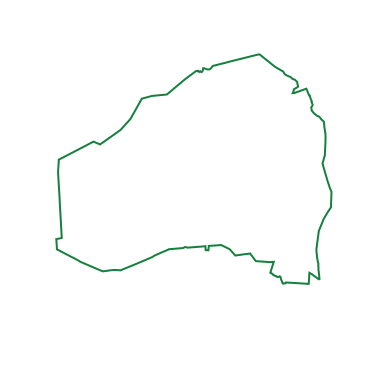 the district of Villa de Reyes, San Luis Potosí, Mexico, rotated 346°
{"feature_id": "50627088B7825328231561", "entity_name": "Villa de Reyes", "entity_type": "district", "adm_level": 2, "iso_a3": "MEX", "parent_name": "Mexico", "parent_adm1": "San Luis Potosí", "projection": "orthographic", "projection_center": [-100.911, 21.834], "detail": "fine", "context": "isolated", "style": "outline", "palette": "green", "viewbox_px": 384, "rotation_deg": 346, "n_neighbors": 0, "source": "geoboundaries", "source_scale": "gbopen_adm2", "svg_char_len": 4844}
<svg xmlns="http://www.w3.org/2000/svg" viewBox="0 0 384 384"><g transform="rotate(346 192 192)"><path d="M294.5,308.1L294.7,307.0L294.9,305.4L295.2,303.7L295.3,302.9L295.3,302.6L295.5,301.4L295.6,300.7L295.7,299.9L295.8,299.0L295.9,298.0L296.0,297.5L296.6,295.2L296.7,293.6L296.8,293.5L297.0,293.2L297.2,292.6L297.3,292.3L297.3,292.1L297.3,291.4L297.2,291.2L297.5,286.1L298.7,278.0L304.8,262.6L305.5,260.7L313.1,250.2L319.1,244.1L323.1,240.5L327.4,225.6L326.7,220.9L326.3,215.3L326.1,212.9L326.1,212.3L326.1,212.0L326.0,208.7L325.8,205.1L325.8,204.8L325.8,203.1L325.7,201.3L325.6,199.7L325.6,199.4L325.6,199.1L325.6,197.9L325.6,195.8L327.4,192.7L328.7,190.3L329.1,189.6L329.7,188.8L333.8,175.1L335.4,168.7L335.5,167.8L335.6,167.6L335.6,166.7L335.6,166.4L335.8,166.1L335.8,164.7L335.9,164.2L335.9,163.6L336.1,161.4L336.8,157.3L336.8,157.2L336.8,156.9L336.8,156.0L336.8,155.9L336.9,155.7L336.6,155.0L336.5,154.8L336.3,154.5L336.1,154.3L335.8,154.0L335.3,153.1L335.2,153.0L335.1,152.8L335.1,152.7L335.0,152.3L334.7,152.1L334.6,151.9L334.3,151.1L334.1,150.5L334.0,150.2L333.8,150.0L333.1,149.2L332.8,149.0L331.6,148.3L331.3,147.7L331.0,147.1L329.7,145.7L329.6,145.4L329.2,145.0L329.2,144.5L329.0,144.1L328.7,143.8L328.6,143.6L328.4,142.8L328.0,142.4L327.8,141.7L328.0,141.1L328.1,139.0L328.3,138.8L328.5,138.5L329.4,137.7L329.8,137.1L330.2,136.7L329.8,133.4L330.1,133.3L330.0,131.9L329.7,130.2L329.6,126.9L329.1,126.9L329.0,126.6L328.9,125.9L328.8,125.3L328.8,124.6L328.7,124.5L328.6,123.9L328.5,123.1L328.4,122.3L328.3,121.6L328.2,120.8L327.9,119.4L320.6,120.2L315.1,120.7L313.7,120.4L314.0,120.1L314.8,119.4L315.0,118.5L315.2,117.9L315.6,117.0L317.4,116.5L318.0,116.3L318.9,116.0L319.6,115.8L320.2,115.6L320.4,115.5L320.5,115.2L320.6,114.7L320.5,113.7L320.4,112.2L320.6,111.6L320.7,110.9L320.6,110.5L319.4,108.7L319.0,107.9L317.0,106.7L315.4,104.3L312.8,102.3L310.8,100.6L310.5,100.2L310.3,99.1L309.5,97.1L309.3,96.8L308.8,96.4L302.9,90.7L290.9,74.9L290.6,74.8L290.2,74.7L289.8,74.6L289.5,74.6L286.7,74.6L285.5,74.6L281.9,74.6L280.6,74.6L267.4,74.6L266.6,74.6L258.5,74.6L258.4,74.6L257.9,74.7L254.6,74.7L252.0,74.7L251.2,74.7L247.2,74.7L242.6,74.7L240.2,76.7L238.8,77.2L237.1,77.0L236.1,76.5L234.6,75.4L232.8,74.6L232.1,76.4L230.9,77.8L230.0,77.9L229.2,76.9L228.1,77.3L227.9,76.9L227.6,76.2L227.3,75.8L226.9,75.8L226.4,76.1L225.9,75.8L225.5,75.7L224.7,75.7L224.1,76.1L213.4,80.5L191.2,91.3L176.3,89.1L165.9,89.3L150.0,106.2L137.7,114.5L114.3,123.6L108.6,119.3L71.0,128.3L70.9,128.3L70.6,128.4L66.8,140.5L65.6,146.9L65.4,147.8L62.1,165.6L61.9,166.4L54.5,205.1L51.7,205.0L48.9,204.9L48.9,205.1L48.0,210.1L47.1,215.0L57.6,224.3L61.3,227.5L64.2,230.1L65.8,231.7L67.1,233.0L67.7,233.4L72.2,236.8L84.8,246.4L86.4,247.4L86.5,247.5L94.5,248.3L98.7,249.0L103.5,250.7L118.3,248.6L124.9,247.6L138.3,245.4L139.8,244.7L140.9,244.5L148.6,243.2L153.1,242.5L154.9,242.2L155.1,242.1L155.3,241.9L162.3,243.0L169.7,244.2L172.1,243.7L173.8,244.7L174.1,244.9L174.9,245.0L175.9,245.2L177.8,245.5L180.1,245.9L187.7,247.2L188.5,247.3L190.4,247.6L190.8,247.7L191.9,247.8L191.9,248.1L191.7,249.0L191.2,251.7L192.0,252.0L193.2,252.3L193.8,252.5L194.3,251.0L194.8,249.8L195.3,248.7L195.3,248.4L198.9,249.0L201.0,249.4L201.4,249.5L204.5,250.0L205.0,250.1L207.0,250.5L207.5,250.5L207.8,250.7L207.9,250.9L210.3,252.9L210.8,253.3L214.1,256.1L214.8,256.8L217.5,261.8L218.4,263.7L218.6,264.1L226.1,264.9L229.0,265.2L229.5,265.3L231.1,265.5L233.5,265.7L237.2,274.5L239.9,275.4L240.0,275.4L241.4,275.9L241.5,275.9L242.9,276.3L243.0,276.4L243.4,276.5L243.6,276.6L243.8,276.6L244.1,276.7L244.3,276.8L244.5,276.9L244.7,277.0L244.9,277.0L245.0,277.0L247.6,277.9L248.4,278.2L248.7,278.3L250.7,278.9L254.4,279.5L253.8,280.5L253.2,281.5L252.5,282.6L252.1,283.3L251.9,283.6L251.1,285.0L250.7,285.6L250.3,286.2L249.6,287.3L249.2,288.2L248.5,289.2L248.5,289.3L248.5,289.5L249.0,289.6L249.3,289.9L249.4,290.1L249.6,290.2L249.9,290.7L250.1,291.1L250.3,291.4L250.7,291.5L250.8,291.6L250.9,292.1L251.0,292.4L251.1,292.6L251.4,292.8L251.7,292.9L251.9,292.9L252.2,293.4L252.6,293.6L252.8,293.7L253.0,294.0L253.5,294.2L253.7,294.4L253.7,294.6L253.9,294.7L254.0,294.9L254.2,295.0L254.4,295.1L254.5,295.2L254.9,295.2L255.1,295.2L255.3,295.3L255.5,295.2L255.8,295.2L255.9,295.3L256.1,295.3L256.3,295.1L256.5,295.0L256.8,295.1L257.0,295.3L257.2,295.5L257.2,295.9L257.2,296.2L257.3,296.4L257.3,297.1L257.4,299.5L257.7,300.2L257.7,300.4L257.7,300.5L257.7,301.1L258.0,301.8L257.8,302.2L257.8,302.5L258.0,302.8L258.3,303.0L258.6,303.0L258.8,303.0L259.0,303.0L259.4,303.0L259.6,303.1L259.8,303.1L260.0,303.1L260.4,303.2L260.6,303.2L261.2,302.5L270.8,305.5L283.0,309.4L283.2,309.1L283.2,308.8L283.2,308.7L284.3,305.4L286.4,298.8L286.5,298.9L288.1,300.5L288.6,300.9L288.8,301.2L289.9,302.6L290.1,302.8L292.2,305.3L294.1,307.6L294.5,308.0L294.5,308.1Z" fill="none" stroke="#15803d" stroke-width="2"/></g></svg>